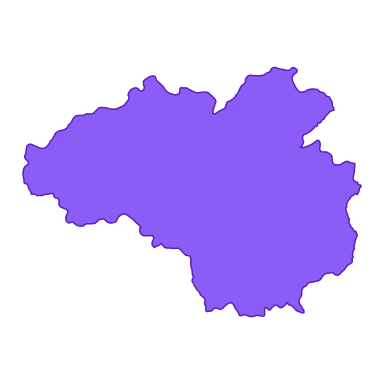 outline of Brasilândia de Minas, Minas Gerais, Brazil, rotated 180°
{"feature_id": "56859067B94455820983640", "entity_name": "Brasilândia de Minas", "entity_type": "district", "adm_level": 2, "iso_a3": "BRA", "parent_name": "Brazil", "parent_adm1": "Minas Gerais", "projection": "albers", "projection_center": [-45.906, -16.944], "detail": "fine", "context": "isolated", "style": "filled", "palette": "violet", "viewbox_px": 384, "rotation_deg": 180, "n_neighbors": 0, "source": "geoboundaries", "source_scale": "gbopen_adm2", "svg_char_len": 5902}
<svg xmlns="http://www.w3.org/2000/svg" viewBox="0 0 384 384"><g transform="rotate(180 192 192)"><path d="M45.7,108.9L44.3,109.8L42.0,112.4L40.0,113.9L38.7,115.9L35.9,119.3L34.0,120.0L31.9,121.7L31.7,124.1L31.9,125.8L30.8,126.9L31.6,128.9L31.2,131.3L30.7,133.3L29.5,135.3L29.9,137.7L29.7,139.7L29.0,141.6L28.9,143.5L28.1,145.0L27.4,147.1L26.7,148.7L28.2,152.7L29.6,152.5L31.6,155.9L32.9,156.9L33.6,158.7L34.8,160.4L35.2,162.1L34.6,163.7L34.8,165.5L36.0,166.7L36.3,169.0L37.2,171.1L38.1,174.7L38.2,176.5L37.1,177.5L37.5,179.3L36.2,182.8L35.1,184.4L34.0,185.4L33.3,187.1L28.5,190.3L26.5,189.5L24.9,193.2L24.8,195.5L23.0,197.3L23.4,199.0L24.8,199.1L26.2,199.8L26.2,201.5L28.0,202.0L29.7,203.0L30.9,205.2L30.7,207.6L29.7,211.7L29.5,216.1L29.1,218.1L29.3,220.5L33.7,221.1L35.0,222.1L36.5,222.7L38.4,222.4L41.1,220.9L42.7,219.8L44.7,219.1L48.3,219.1L49.7,219.4L50.8,220.5L51.7,222.3L52.0,227.2L52.5,228.4L53.6,229.8L56.6,231.7L58.6,232.1L60.6,232.0L62.3,232.4L64.0,233.4L64.4,236.1L63.9,237.8L63.8,240.4L64.7,243.0L66.4,243.8L68.3,242.6L70.1,241.1L72.2,239.8L75.7,238.0L81.0,236.3L83.3,237.0L81.9,238.2L80.5,241.6L80.6,243.0L81.3,244.8L81.5,246.4L81.1,247.9L80.4,249.1L77.2,250.4L75.4,251.7L73.9,252.3L72.5,253.8L70.1,255.8L69.6,257.3L67.9,257.4L66.5,258.4L66.3,261.4L64.6,260.9L63.0,262.0L62.0,263.9L59.8,265.2L59.3,266.8L53.9,272.6L49.9,274.1L50.3,276.0L51.4,277.5L51.8,279.5L51.8,281.5L52.6,283.5L53.8,284.9L54.2,286.7L55.5,287.4L57.0,287.6L58.4,288.7L59.2,290.2L60.6,291.3L64.2,292.1L65.4,293.5L66.6,294.5L72.1,295.1L74.1,294.6L76.2,294.3L77.6,293.2L79.2,292.3L82.8,291.8L84.9,292.2L88.0,296.0L91.4,302.8L92.0,304.9L91.8,306.6L90.9,308.6L89.3,310.4L88.0,311.2L87.0,312.2L86.8,313.8L87.8,314.9L89.5,316.2L91.8,316.3L93.8,314.4L95.6,313.4L101.1,314.4L105.2,315.3L108.1,316.4L109.5,316.6L110.8,316.3L112.4,315.4L113.2,314.2L113.7,312.9L114.8,311.8L116.8,311.2L120.3,308.9L122.6,308.4L124.1,308.4L125.7,308.2L131.9,308.4L133.3,309.0L136.3,307.9L137.8,306.2L138.5,304.2L138.5,302.5L139.2,301.1L140.3,299.6L142.1,298.6L143.0,297.5L144.8,294.1L145.5,292.1L146.5,290.2L148.1,288.8L148.9,287.0L150.5,285.4L152.2,284.3L153.5,283.3L155.1,282.5L156.5,282.3L157.4,280.8L159.0,275.7L165.3,272.6L169.1,269.9L171.0,270.6L171.0,272.7L170.8,274.1L168.1,282.5L168.7,284.3L169.9,285.9L175.5,291.1L177.8,291.9L180.1,291.9L185.9,291.2L187.4,291.2L189.3,291.8L193.1,293.6L194.9,294.5L197.4,296.1L201.1,296.0L202.8,296.5L204.1,295.1L204.1,293.2L204.4,291.3L206.1,289.6L208.4,289.2L210.8,289.5L213.4,290.4L216.5,291.9L218.3,293.5L219.5,295.2L220.3,296.8L221.5,298.1L227.6,303.7L228.7,307.2L230.3,308.1L233.9,307.6L235.7,306.6L239.5,303.9L240.5,302.7L240.6,300.6L240.3,298.9L239.7,297.2L239.9,295.3L240.7,293.9L242.6,292.8L244.3,293.5L246.7,295.8L248.2,296.1L249.9,296.0L253.3,294.2L254.3,292.9L255.5,290.8L255.9,288.9L254.9,286.9L255.3,284.8L256.4,283.0L260.4,278.2L263.4,277.0L267.0,275.3L268.7,274.9L273.4,274.8L277.0,276.0L282.6,276.6L284.5,276.3L285.8,275.6L289.7,271.5L291.2,270.4L293.3,269.9L295.7,270.2L297.6,270.1L300.7,268.6L305.3,268.6L308.1,268.1L309.8,266.7L311.1,265.0L312.9,261.4L314.1,260.2L315.5,259.2L316.0,257.7L317.0,256.1L319.7,254.3L321.8,253.6L324.3,253.3L326.5,252.2L328.4,250.9L331.2,245.7L332.2,244.2L333.9,242.7L334.2,241.1L337.1,237.5L338.6,236.3L340.5,235.5L343.8,235.8L349.7,238.3L351.5,239.2L353.2,239.8L354.8,239.7L356.2,238.9L357.2,237.8L357.6,235.6L358.1,231.1L359.4,227.4L358.7,225.3L355.7,222.1L355.4,220.5L356.5,219.3L358.1,218.2L359.7,216.5L360.4,214.6L360.8,212.6L361.0,210.9L360.9,208.8L359.9,203.4L360.0,201.4L358.6,200.3L356.8,199.9L355.9,198.4L355.7,196.5L354.9,194.8L353.8,193.3L352.6,189.9L349.3,189.9L346.4,188.2L344.6,188.7L342.1,188.3L340.3,189.4L335.3,189.9L333.3,190.5L331.3,190.6L330.3,188.8L329.8,187.2L328.5,186.1L326.3,185.6L325.4,184.5L324.9,183.0L325.1,179.4L324.0,177.6L322.5,176.6L318.4,175.0L316.9,174.0L316.2,172.7L316.5,170.9L318.1,167.3L318.2,165.0L317.6,162.8L316.0,161.2L313.9,161.1L312.6,161.9L311.2,162.0L308.5,159.6L306.8,158.5L304.7,158.0L302.8,157.8L300.5,158.1L299.2,159.4L297.6,160.2L291.8,160.3L288.9,160.7L285.0,164.2L283.7,164.6L280.3,165.2L278.8,164.0L277.9,162.9L276.4,161.8L274.5,161.0L272.5,161.0L268.9,161.8L267.7,162.8L266.7,165.1L265.0,167.5L263.6,168.7L261.7,169.8L259.2,170.0L257.3,169.3L253.3,166.3L251.2,164.9L246.6,160.2L244.8,158.9L243.4,157.2L244.2,155.5L244.3,153.9L244.0,151.8L243.4,150.4L241.9,149.0L240.2,148.2L232.3,148.4L230.7,147.6L230.3,145.9L230.7,144.1L231.8,141.9L232.0,140.3L231.5,138.4L229.8,136.5L227.4,137.8L225.7,138.4L222.6,140.3L221.3,139.0L220.6,137.8L219.6,136.7L218.1,136.1L215.0,136.0L211.3,135.6L209.6,135.6L208.0,135.8L205.6,135.7L203.4,134.4L200.4,130.8L198.2,128.7L196.1,128.5L194.3,127.9L193.2,126.1L193.2,119.1L192.9,117.1L191.8,113.4L191.7,109.7L191.1,108.2L190.7,106.3L191.8,104.4L191.8,102.4L190.8,101.0L189.9,99.0L187.1,94.3L184.2,91.3L183.8,89.4L182.6,88.2L180.8,86.9L179.3,85.1L178.8,83.1L179.4,81.5L179.4,80.0L178.4,78.4L178.0,73.0L176.7,72.4L172.3,73.2L169.7,75.8L167.8,75.9L166.3,75.6L164.8,74.8L162.7,74.8L161.2,75.8L159.1,78.0L157.6,79.3L155.0,80.9L153.3,81.2L151.4,80.5L150.2,78.9L149.4,76.9L148.5,75.2L147.0,73.6L145.6,71.4L144.7,68.7L143.2,68.3L140.9,69.1L138.6,69.3L137.2,68.8L135.7,67.9L133.5,67.4L131.0,67.5L126.4,68.8L125.0,68.3L123.4,68.3L121.9,67.8L119.9,68.1L119.3,69.9L119.4,73.8L119.2,76.0L117.3,76.4L115.7,74.3L113.9,74.1L112.9,75.2L111.7,76.8L109.4,78.6L107.5,79.0L103.8,76.2L101.5,76.7L98.3,79.5L97.2,81.5L95.2,79.2L92.3,78.3L89.4,75.6L88.1,73.9L86.2,72.7L83.0,71.7L81.7,71.0L80.0,71.6L80.2,73.9L81.4,75.4L83.2,78.5L84.1,79.6L85.0,82.6L84.7,84.7L84.0,86.1L82.9,87.5L82.2,89.8L82.5,91.7L82.1,94.1L81.1,96.1L80.0,97.0L77.3,98.6L76.6,100.4L75.0,101.3L73.6,101.7L71.7,101.9L69.5,102.3L67.9,103.0L66.1,103.0L63.6,104.4L62.4,106.0L61.8,107.4L59.2,110.0L56.9,110.7L54.1,110.9L52.8,111.6L50.9,111.1L49.2,109.5L47.2,108.9L45.7,108.9Z" fill="#8b5cf6" stroke="#5b21b6" stroke-width="1.5"/></g></svg>